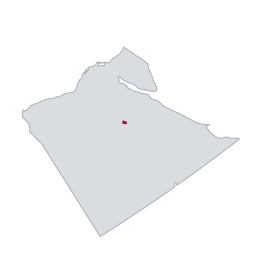 Manfalut, Asyut, Egypt (highlighted), rotated 325°
{"feature_id": "37247803B38708414170128", "entity_name": "Manfalut", "entity_type": "district", "adm_level": 2, "iso_a3": "EGY", "parent_name": "Egypt", "parent_adm1": "Asyut", "projection": "albers", "projection_center": [30.935, 27.303], "detail": "fine", "context": "in_parent", "style": "filled", "palette": "rose", "viewbox_px": 256, "rotation_deg": 325, "n_neighbors": 0, "source": "geoboundaries", "source_scale": "gbopen_adm2", "svg_char_len": 3880}
<svg xmlns="http://www.w3.org/2000/svg" viewBox="0 0 256 256"><g transform="rotate(325 128 128)"><path d="M213.0,200.9L208.3,201.2L203.6,201.4L198.9,201.6L194.2,201.7L189.6,201.9L184.9,202.1L180.2,202.2L175.5,202.3L170.8,202.5L166.1,202.6L161.4,202.7L156.7,202.7L152.0,202.8L147.3,202.9L142.6,202.9L138.0,202.9L135.3,203.0L135.7,201.6L136.0,200.6L135.7,200.0L134.8,199.8L134.2,200.0L132.8,202.9L132.1,203.0L130.4,203.0L124.9,203.0L119.5,203.0L114.0,202.9L108.5,202.9L103.1,202.8L97.6,202.7L92.1,202.6L86.7,202.5L81.2,202.4L75.8,202.2L70.3,202.0L64.8,201.9L59.4,201.7L53.9,201.4L48.5,201.2L43.0,200.9L43.2,197.5L43.3,194.1L43.5,190.6L43.7,187.2L43.8,183.8L44.0,180.3L44.1,176.9L44.3,173.5L44.5,170.0L44.6,166.6L44.8,163.1L45.0,159.7L45.1,156.2L45.3,152.8L45.5,149.4L45.6,145.9L45.8,142.5L46.0,139.0L46.1,135.6L46.3,132.1L46.4,128.7L46.6,125.2L46.8,121.8L46.9,118.4L47.1,114.9L47.3,111.5L47.4,108.0L47.6,104.6L47.8,101.1L47.9,97.7L48.1,94.2L48.3,90.8L48.2,90.1L47.5,87.8L47.0,84.8L46.5,81.1L46.4,79.9L45.4,76.1L45.3,75.0L45.7,74.2L47.8,71.2L48.5,69.7L49.1,67.8L49.3,66.4L48.9,64.0L48.3,61.9L48.1,59.8L48.2,57.7L49.2,56.4L50.5,55.1L51.0,54.3L51.8,53.4L52.3,53.0L53.2,54.9L55.2,55.3L62.0,54.0L69.3,55.9L73.4,56.7L79.7,58.3L83.4,60.9L84.5,61.3L87.2,61.3L89.0,62.8L96.2,63.7L100.0,65.4L102.2,66.8L103.5,67.2L104.7,67.2L106.3,66.7L108.2,65.8L110.4,64.5L114.9,61.3L116.5,60.7L117.5,60.9L118.8,60.8L119.3,59.9L119.9,59.3L120.4,58.6L121.0,57.8L123.3,57.6L128.0,56.1L127.5,56.8L123.2,58.4L125.0,58.6L126.9,58.1L129.0,57.7L129.4,57.0L129.7,55.7L130.1,55.6L131.5,55.8L135.9,57.8L137.0,57.8L140.0,56.7L140.7,56.5L141.7,57.1L143.9,59.5L143.1,59.5L140.7,57.4L140.5,58.4L139.1,60.3L140.9,61.1L142.3,61.4L143.0,62.4L143.5,63.3L144.9,62.9L145.9,61.6L145.3,60.9L145.0,60.2L145.4,60.2L146.4,60.8L149.2,63.1L150.1,63.6L151.2,63.5L153.4,62.8L154.1,62.9L157.0,62.0L157.4,62.6L157.9,63.2L160.3,62.5L164.1,62.4L167.2,61.6L170.8,59.6L171.1,59.3L171.3,59.8L171.7,61.0L172.9,64.3L173.9,66.8L175.2,70.3L175.6,71.7L175.8,72.6L177.6,76.5L178.7,79.6L179.6,82.2L180.7,86.0L181.2,87.3L180.5,88.0L179.1,90.6L177.7,98.5L175.6,104.7L175.4,108.6L175.1,110.0L174.1,111.9L172.8,113.9L170.4,113.0L166.4,109.7L164.1,106.5L161.7,104.5L159.3,101.8L158.7,99.9L158.7,98.6L157.6,95.6L156.9,94.1L154.1,90.9L153.3,89.2L152.7,88.4L152.0,87.3L151.0,83.1L149.9,80.4L148.6,81.2L148.9,82.3L147.8,83.9L147.2,85.7L147.7,87.2L150.0,89.4L150.4,90.4L151.0,92.5L150.9,95.5L151.3,96.4L153.0,98.6L153.7,99.9L154.0,101.0L154.6,102.0L156.3,103.8L158.8,107.4L161.2,109.8L162.9,110.9L163.6,112.0L163.8,115.1L163.7,116.5L165.2,119.2L165.8,120.6L167.3,121.6L168.0,122.9L168.6,125.0L169.7,131.1L170.9,132.6L175.0,140.6L178.4,145.6L180.1,149.4L182.6,153.9L187.7,164.0L190.7,167.0L191.9,168.7L194.0,170.0L196.3,171.9L194.2,171.8L193.6,171.9L192.9,172.3L192.6,173.5L192.5,174.5L192.9,179.6L193.6,182.2L195.7,187.1L197.1,188.6L197.9,189.5L198.9,190.2L203.4,191.7L206.2,195.2L212.3,199.4L213.0,200.7L213.0,200.9Z" fill="#d9dde1" stroke="#a8b0b8" stroke-width="1"/><path d="M126.8,121.3L127.0,121.3L127.2,121.5L127.3,121.5L127.5,121.6L127.6,121.8L127.7,122.0L127.8,122.0L127.8,121.9L127.9,122.0L128.0,122.0L128.1,122.3L128.1,122.5L128.3,122.6L128.5,122.6L128.7,122.8L128.8,122.8L129.0,122.9L129.1,123.0L129.3,123.0L129.3,122.9L129.2,122.9L129.2,122.7L129.3,122.6L129.5,122.5L129.6,122.4L129.6,122.2L129.4,122.2L129.5,122.2L129.4,121.9L129.2,121.8L129.2,121.7L129.1,121.4L129.0,121.2L128.9,121.2L128.7,121.2L128.4,121.1L128.4,120.9L128.5,120.8L128.5,120.7L128.5,120.4L128.5,120.5L128.4,120.4L128.2,120.4L127.6,120.3L127.4,120.5L127.3,120.4L127.2,120.4L126.9,120.3L127.0,120.4L127.1,120.5L127.1,120.4L127.1,120.5L127.3,120.6L127.2,120.7L127.2,120.8L127.0,121.0L127.3,121.1L127.2,121.2L126.9,121.2L126.9,121.3L126.8,121.3ZM128.4,120.4L128.3,120.2L128.2,120.0L128.0,120.3L128.3,120.4L128.4,120.4Z" fill="#f43f5e" stroke="#9f1239" stroke-width="1.5"/></g></svg>